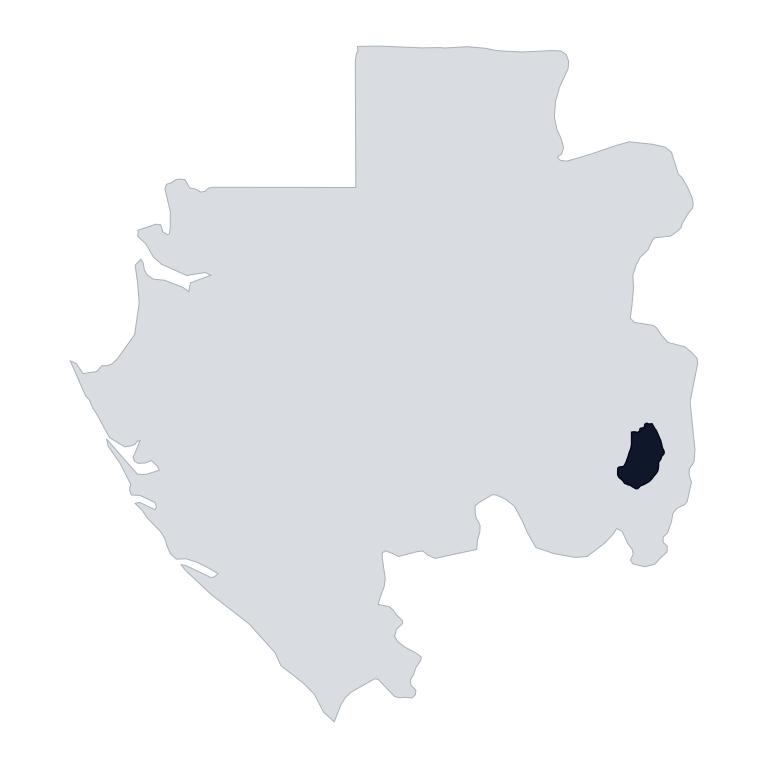 Djouori-Agnili, Haut-Ogooué, Gabon shown in context
{"feature_id": "22940354B21948278538135", "entity_name": "Djouori-Agnili", "entity_type": "district", "adm_level": 2, "iso_a3": "GAB", "parent_name": "Gabon", "parent_adm1": "Haut-Ogooué", "projection": "orthographic", "projection_center": [13.959, -1.472], "detail": "fine", "context": "in_parent", "style": "filled", "palette": "ink", "viewbox_px": 768, "rotation_deg": 0, "n_neighbors": 0, "source": "geoboundaries", "source_scale": "gbopen_adm2", "svg_char_len": 4521}
<svg xmlns="http://www.w3.org/2000/svg" viewBox="0 0 768 768"><path d="M568.7,61.2L568.1,68.8L559.5,87.4L555.5,101.7L554.4,116.9L556.8,129.2L560.9,138.0L563.6,147.5L561.5,154.2L557.4,157.0L560.2,160.3L566.5,161.2L577.2,158.2L593.6,153.2L615.1,145.8L629.3,141.8L652.6,144.3L665.1,147.1L671.5,152.3L678.4,174.2L681.8,177.5L687.4,186.8L692.2,198.0L693.2,203.7L692.7,207.8L687.9,213.9L682.6,222.8L680.7,228.2L676.2,232.1L670.5,236.1L654.9,237.7L652.6,240.0L648.2,249.5L640.0,257.5L636.2,265.1L632.9,275.2L633.5,287.8L631.9,305.9L630.2,318.1L634.3,322.4L653.0,325.4L656.6,327.8L661.6,335.3L667.9,342.4L685.0,346.9L691.6,352.4L697.0,358.3L697.7,363.2L693.8,382.8L690.1,401.7L691.5,416.0L692.9,429.7L695.0,449.6L694.0,461.8L689.2,469.2L689.2,475.1L691.4,482.1L687.2,501.5L684.4,504.8L676.8,508.4L672.8,513.6L671.5,521.8L667.4,533.0L663.1,537.1L663.1,542.3L667.2,546.1L667.1,551.9L659.5,558.9L654.9,564.2L644.8,566.8L633.1,564.0L630.4,560.2L633.2,554.2L632.2,549.3L628.2,544.3L622.0,531.2L616.5,528.5L613.4,533.8L604.0,543.7L587.3,556.4L575.6,557.5L554.0,553.6L535.9,547.5L527.4,532.6L522.0,520.3L514.3,506.1L505.6,499.3L496.4,495.0L492.3,494.7L479.0,502.6L475.1,505.8L475.1,512.4L476.3,518.7L478.4,521.7L480.1,525.7L479.8,531.9L477.5,540.2L476.7,549.4L435.2,558.4L428.0,555.2L422.8,551.0L416.5,551.8L398.5,556.5L391.9,553.2L385.4,550.8L382.3,552.8L382.1,556.7L385.2,578.3L384.2,586.5L380.2,597.3L378.1,604.5L389.1,606.6L393.1,610.0L397.0,615.4L402.3,620.4L402.6,623.5L396.6,629.1L394.6,636.1L397.5,641.5L405.0,647.2L415.9,653.0L421.2,656.9L420.7,660.4L415.7,667.9L413.7,674.3L410.3,680.0L411.0,685.3L415.9,690.2L415.4,694.6L412.1,698.0L405.3,697.3L399.5,697.8L394.4,696.4L378.2,679.4L374.7,678.8L351.3,692.0L345.5,697.4L340.7,705.1L334.2,721.9L323.6,712.2L314.3,694.3L303.6,683.4L281.0,665.7L275.0,652.6L249.1,623.9L212.0,595.2L185.2,570.2L181.1,564.7L185.6,565.4L211.5,577.8L215.0,576.4L218.0,573.6L206.8,567.1L196.2,562.0L186.2,558.8L176.2,559.1L170.5,553.8L166.9,545.8L165.0,538.9L160.6,531.7L146.3,516.9L142.9,511.2L135.1,503.4L139.8,502.4L155.0,509.8L156.4,506.9L155.1,502.5L139.8,495.4L131.5,495.0L129.5,490.0L130.7,484.2L119.7,462.6L108.3,446.5L106.5,438.9L137.2,474.0L141.3,474.5L146.7,474.2L159.3,470.2L156.9,465.6L151.2,460.5L145.7,462.9L138.4,463.4L134.7,461.3L133.0,457.6L140.1,440.6L137.0,441.4L134.7,444.5L130.8,445.9L124.7,446.8L109.6,437.7L96.2,413.1L92.7,408.0L89.1,399.5L85.6,395.9L70.3,360.9L76.2,363.5L83.1,373.6L96.7,371.5L102.0,365.6L106.6,365.8L111.3,364.4L117.3,358.9L134.6,334.7L139.2,302.8L137.7,283.9L135.2,265.2L140.9,259.2L143.2,263.1L144.3,269.8L147.0,274.7L153.2,279.1L164.7,280.3L182.5,287.2L188.8,291.6L190.5,282.8L211.0,275.2L204.8,272.5L186.6,275.5L161.7,264.3L153.4,257.1L145.7,243.6L137.7,236.5L138.2,230.1L156.1,224.2L160.9,224.9L162.8,231.9L167.6,234.7L169.4,233.8L170.2,227.8L170.3,211.7L164.9,188.7L166.5,184.3L171.5,182.7L175.8,179.7L178.9,179.1L185.0,179.6L188.0,185.0L189.6,187.9L195.8,189.2L200.8,192.1L205.1,191.3L208.7,188.0L214.0,187.3L230.3,187.3L245.1,187.3L274.6,187.4L304.1,187.4L333.6,187.5L355.8,187.5L355.8,174.4L355.7,154.1L355.6,130.1L355.5,107.1L355.4,85.9L355.3,60.7L356.5,53.5L358.0,50.5L357.4,46.4L380.3,46.1L421.6,47.9L439.7,47.6L444.8,48.0L467.4,46.7L485.7,48.3L493.5,50.0L500.5,50.9L522.4,52.0L551.0,50.6L560.7,50.9L566.1,54.4L568.7,61.2Z" fill="#d9dde1" stroke="#a8b0b8" stroke-width="1"/><path d="M651.9,423.7L651.2,423.8L649.6,424.1L648.6,424.0L648.1,423.8L647.0,423.3L645.9,423.5L644.8,424.4L644.7,426.0L644.2,427.2L643.1,427.9L641.4,428.1L640.2,428.6L639.9,429.5L639.6,431.2L637.9,432.3L636.6,432.3L635.1,431.9L633.4,431.9L631.6,432.2L631.6,442.4L631.5,444.7L631.2,446.8L630.8,448.3L630.4,449.8L629.6,451.6L628.9,453.8L628.5,455.3L627.8,457.3L627.0,459.5L626.3,461.6L624.4,465.6L623.3,466.5L622.0,466.8L620.3,466.9L618.5,467.4L617.8,468.5L617.7,471.1L617.7,474.8L618.7,476.8L619.4,477.9L620.6,478.6L621.6,479.5L622.4,480.3L623.4,481.3L624.0,482.5L624.7,483.3L625.9,483.7L627.4,484.4L628.5,485.0L629.5,484.9L630.8,485.6L632.3,486.6L633.2,487.1L634.4,487.9L635.9,488.6L637.3,488.7L638.1,488.2L639.0,487.4L640.0,486.2L640.9,485.6L643.1,484.8L644.5,484.1L646.4,483.1L649.3,481.4L651.5,479.2L653.8,476.2L656.3,473.2L657.5,471.3L658.2,469.0L658.6,465.1L658.5,463.1L658.9,461.7L659.5,461.0L660.8,459.1L661.3,457.4L661.6,456.4L662.2,455.7L663.5,454.3L664.1,453.2L664.1,451.7L663.7,450.4L662.8,448.8L662.1,446.8L661.7,444.6L660.7,440.6L659.8,438.7L658.1,434.7L656.1,430.2L655.0,429.0L653.7,426.6L651.9,423.7Z" fill="#0f172a" stroke="#020617" stroke-width="1.5"/></svg>